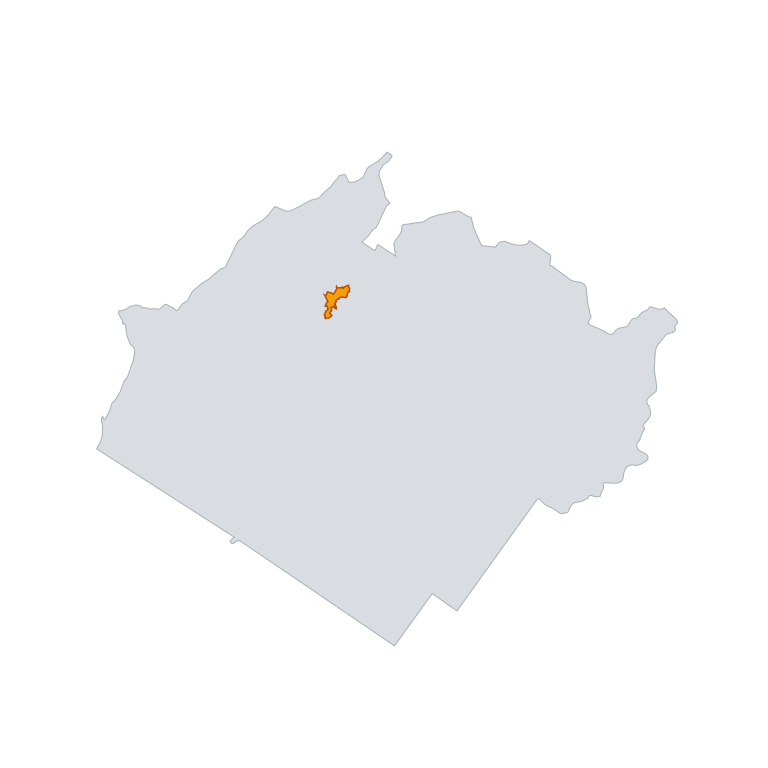 location of Al Manaqil, Gezira, Sudan, rotated 213°
{"feature_id": "16777658B54371162299186", "entity_name": "Al Manaqil", "entity_type": "district", "adm_level": 2, "iso_a3": "SDN", "parent_name": "Sudan", "parent_adm1": "Gezira", "projection": "orthographic", "projection_center": [32.93, 14.177], "detail": "fine", "context": "in_parent", "style": "filled", "palette": "amber", "viewbox_px": 768, "rotation_deg": 213, "n_neighbors": 0, "source": "geoboundaries", "source_scale": "gbopen_adm2", "svg_char_len": 6713}
<svg xmlns="http://www.w3.org/2000/svg" viewBox="0 0 768 768"><g transform="rotate(213 384 384)"><path d="M507.9,580.1L501.9,580.1L501.3,578.7L501.4,574.8L502.0,571.8L504.2,567.1L503.7,564.6L504.0,560.9L502.4,556.8L488.0,544.9L485.2,541.6L477.5,538.6L478.9,535.2L475.7,510.7L477.3,507.9L477.7,503.6L477.7,499.8L479.5,493.5L479.7,490.9L464.6,490.7L464.4,493.4L465.1,496.4L465.0,497.6L443.9,497.6L452.4,507.3L452.7,511.5L452.2,516.7L452.3,520.1L452.8,522.3L455.1,526.6L454.9,527.4L454.4,528.4L439.4,541.2L436.8,547.1L434.8,550.2L430.4,555.5L416.6,569.0L414.4,569.9L403.9,570.3L402.9,570.7L402.0,571.3L401.6,571.1L392.7,563.0L377.7,553.2L367.7,558.1L364.9,559.9L364.8,564.5L363.3,566.9L360.6,569.4L353.2,570.9L349.4,572.3L344.8,574.8L340.3,579.1L339.9,581.4L340.4,583.4L315.0,582.8L313.3,581.2L309.7,573.9L307.1,574.3L284.0,572.9L280.7,573.6L274.1,576.4L270.7,576.7L267.3,575.3L255.5,560.7L252.9,558.9L250.2,555.5L247.7,553.9L246.8,552.8L246.6,551.3L246.7,548.1L245.9,546.2L244.0,545.7L227.7,548.4L225.4,548.0L221.9,548.5L220.8,549.0L219.3,550.8L219.0,554.7L218.5,556.7L217.3,558.8L212.5,563.4L211.4,565.5L211.5,570.8L211.2,573.5L210.4,574.7L208.4,576.7L207.6,577.8L206.6,584.6L204.0,588.6L203.4,590.1L203.2,593.0L202.7,593.9L195.3,596.0L192.5,597.4L190.8,599.7L190.4,600.6L187.2,599.7L183.2,598.9L175.6,597.9L172.6,596.7L171.1,595.0L171.7,590.9L171.0,590.0L169.8,589.2L169.0,587.4L169.2,585.3L173.4,580.7L174.3,578.2L175.7,566.2L175.5,562.6L172.4,555.8L165.5,543.9L163.7,541.5L154.9,531.6L153.9,530.2L151.8,526.1L154.5,517.3L154.8,514.9L154.2,512.4L152.0,510.4L149.9,510.1L147.3,507.6L145.6,506.4L144.1,504.3L143.1,501.3L144.3,491.0L143.8,489.6L141.5,489.1L141.0,488.3L141.1,486.3L140.1,480.3L138.9,475.4L139.8,472.7L138.0,468.9L134.3,467.2L127.0,468.0L124.8,467.7L123.3,467.0L122.2,465.6L121.8,463.9L122.4,461.6L124.6,457.2L127.3,453.7L132.7,450.7L134.1,449.0L135.0,447.0L135.3,444.8L135.0,442.4L134.5,440.2L133.1,437.3L131.8,433.9L131.9,431.6L132.7,430.0L134.1,428.1L139.5,424.5L144.9,421.6L145.8,420.5L145.6,419.1L143.2,416.4L142.7,411.3L141.5,407.7L144.3,405.1L146.3,404.2L149.5,403.5L150.7,402.5L151.2,400.4L151.2,398.3L152.3,396.8L154.0,393.7L155.3,392.2L159.4,388.6L160.4,386.2L160.8,383.8L160.0,376.6L162.5,373.6L165.6,371.3L169.8,371.6L176.5,371.4L181.0,370.5L184.2,370.7L191.5,372.3L192.3,371.7L192.8,369.9L199.2,233.4L229.0,234.5L229.4,234.3L232.6,170.1L419.4,174.0L420.9,173.8L423.9,167.8L425.2,167.4L427.1,167.7L427.7,169.1L426.1,174.0L589.7,173.1L590.2,180.5L591.7,186.3L596.6,194.6L600.7,199.1L602.1,201.5L602.3,202.7L602.2,203.8L600.9,202.5L598.9,201.7L598.7,205.7L599.9,213.7L601.7,219.3L600.6,224.6L601.0,233.4L603.4,244.0L603.1,250.8L607.0,266.6L610.6,275.3L612.5,277.4L614.6,278.5L618.6,279.2L624.6,283.6L629.4,288.2L631.1,290.6L633.5,293.3L635.0,292.8L635.9,292.0L637.5,294.2L645.1,298.7L646.2,300.9L643.6,303.1L640.7,306.9L639.3,310.4L638.5,311.5L636.1,313.7L635.7,314.8L634.6,315.5L633.5,315.6L631.0,316.8L628.7,316.5L626.4,317.2L625.6,318.0L623.7,318.8L621.3,319.2L617.5,322.2L614.1,323.7L613.0,324.9L611.4,330.7L610.1,332.3L605.1,332.5L602.6,333.1L599.3,332.5L597.7,332.6L597.3,333.9L596.8,338.9L596.9,341.0L594.2,346.8L595.2,357.4L592.6,365.4L592.3,367.3L589.6,373.6L588.2,376.0L584.9,387.9L583.6,391.5L580.7,395.4L584.2,423.8L581.8,432.5L582.0,437.3L580.3,444.3L578.9,447.6L576.7,451.5L574.8,455.9L573.3,461.7L572.3,472.6L571.7,473.6L562.7,475.1L559.8,475.9L557.9,477.2L555.6,480.0L551.1,487.7L548.7,492.5L544.9,498.9L540.5,503.5L539.6,505.8L538.9,509.9L537.3,516.4L535.8,521.1L536.1,524.8L534.7,531.3L535.0,534.4L533.4,536.2L531.3,537.9L529.9,538.3L523.5,534.0L519.0,537.1L516.3,541.3L514.1,545.5L515.4,554.5L515.3,556.4L514.7,558.6L510.5,567.4L509.2,571.4L508.0,578.4L507.9,580.1Z" fill="#d9dde1" stroke="#a8b0b8" stroke-width="1"/><path d="M465.6,445.9L465.8,446.0L466.2,446.0L466.7,446.2L466.8,446.5L467.4,447.4L468.1,447.1L468.3,446.6L468.4,446.2L468.7,445.9L469.0,445.3L469.2,444.9L469.9,444.2L470.0,443.5L470.2,443.1L470.3,442.0L470.9,442.0L470.9,442.6L471.5,442.8L471.9,442.4L472.2,441.8L472.4,441.5L472.5,441.4L472.7,441.2L472.9,441.0L473.1,440.8L473.5,440.5L473.7,440.4L473.8,440.2L474.0,440.1L474.5,439.9L475.1,439.6L475.5,439.5L475.6,439.4L475.8,439.3L476.0,439.5L476.4,439.7L476.5,439.7L476.7,439.8L476.9,439.9L476.6,439.2L475.5,438.2L475.5,437.8L475.4,436.2L475.4,435.4L475.3,434.1L475.3,432.8L475.3,431.7L477.0,431.7L477.8,431.7L478.2,431.7L478.5,431.7L478.9,431.5L479.0,431.3L479.4,431.1L479.7,430.9L479.9,430.8L480.3,430.7L480.7,430.6L480.9,430.6L481.1,430.7L481.3,430.4L481.3,430.1L481.5,430.1L481.4,429.0L481.3,428.5L480.9,427.9L480.9,427.2L481.2,426.9L481.5,426.2L482.3,426.1L482.1,426.0L481.6,426.0L481.2,425.7L480.8,425.4L480.5,425.3L480.5,425.1L480.4,425.0L477.5,423.6L477.0,422.9L476.6,422.6L476.3,422.4L475.8,422.4L475.7,422.1L475.9,421.5L476.3,421.2L476.4,420.3L476.4,420.0L476.3,419.7L476.2,419.5L476.0,419.4L475.9,419.2L476.0,418.9L476.0,418.7L475.9,418.5L475.8,418.4L475.7,418.3L475.4,418.2L475.1,418.1L475.4,417.7L476.0,417.5L475.9,417.3L475.5,417.3L475.2,417.5L474.9,417.6L474.5,417.9L474.2,418.2L473.8,418.4L472.9,417.5L472.9,417.3L472.6,416.6L471.6,416.6L471.8,414.7L472.3,414.1L472.4,413.9L472.5,413.8L472.6,413.7L472.4,413.2L472.0,412.4L472.1,411.4L472.0,410.9L472.0,410.2L471.7,409.5L471.5,409.4L470.7,409.4L470.5,409.2L470.4,408.9L470.4,408.7L470.1,408.0L469.7,407.5L469.4,407.2L468.8,407.0L468.3,407.2L468.2,407.9L467.9,408.2L466.3,409.2L465.9,409.9L465.4,411.2L465.0,412.7L465.0,413.0L466.0,413.1L466.1,413.5L467.5,413.4L467.8,413.5L468.2,414.5L467.9,414.7L468.3,415.8L468.0,415.8L467.8,416.9L468.0,417.3L468.4,417.5L468.7,417.8L469.1,418.4L469.0,418.5L470.3,419.4L469.7,419.8L469.2,420.4L468.8,420.7L468.8,421.1L468.2,421.1L467.9,421.1L467.6,421.1L467.5,420.9L466.1,420.8L465.7,420.9L465.4,420.9L464.7,420.9L464.7,421.1L465.4,421.3L465.7,421.7L465.6,422.2L465.8,422.4L465.8,422.2L466.0,422.2L466.7,421.9L467.1,421.7L466.9,421.5L466.8,421.4L466.9,421.0L467.4,421.0L467.6,421.0L468.1,422.5L467.8,422.5L467.6,422.5L467.5,422.4L467.4,422.5L467.7,422.9L467.1,423.6L467.3,423.5L467.5,423.7L468.1,424.1L468.4,424.2L468.7,424.1L468.8,424.2L469.2,424.5L469.1,424.9L469.0,425.1L469.3,425.3L469.3,426.8L468.8,427.0L469.8,428.1L469.6,428.5L469.4,428.8L469.2,429.4L469.2,429.9L469.1,430.2L468.4,430.3L468.0,430.7L468.0,430.9L468.5,431.3L467.9,432.6L467.7,433.4L464.9,434.9L464.1,435.2L463.5,435.5L462.9,435.9L463.0,437.6L462.9,437.7L462.9,437.9L463.1,438.0L463.5,438.4L463.3,438.7L464.0,440.2L463.9,440.5L464.3,440.8L464.4,441.3L463.5,442.1L463.2,442.7L463.3,443.1L463.6,443.2L464.2,443.2L464.3,443.5L464.4,444.2L464.7,444.6L464.7,444.9L464.9,445.0L465.0,445.1L465.0,445.6L465.6,445.9L465.6,445.9Z" fill="#f59e0b" stroke="#b45309" stroke-width="1.5"/></g></svg>